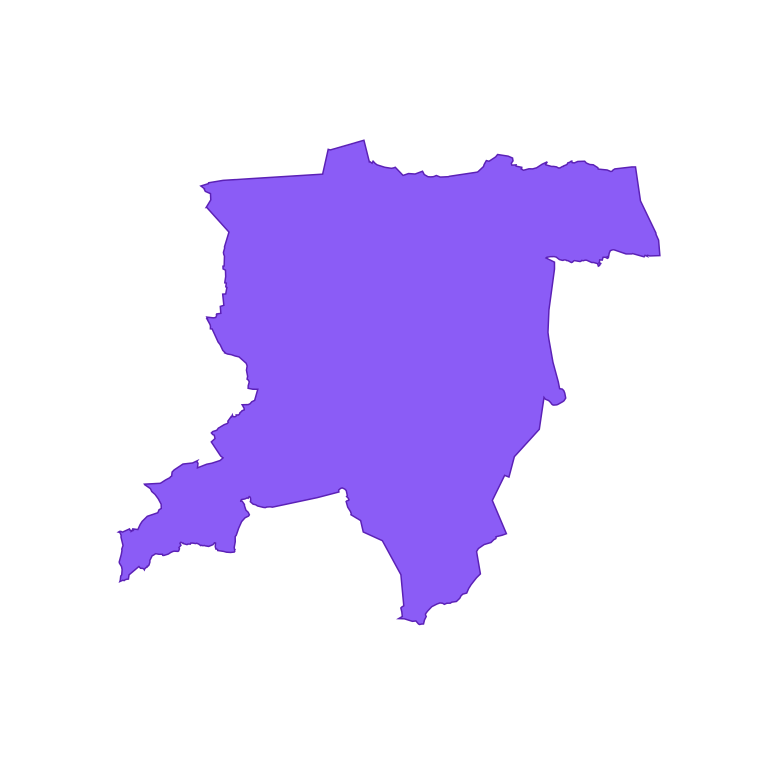 outline of Zacapu, Michoacán, Mexico, rotated 259°
{"feature_id": "50627088B28072853105551", "entity_name": "Zacapu", "entity_type": "district", "adm_level": 2, "iso_a3": "MEX", "parent_name": "Mexico", "parent_adm1": "Michoacán", "projection": "equal_earth", "projection_center": [-101.852, 19.83], "detail": "fine", "context": "isolated", "style": "filled", "palette": "violet", "viewbox_px": 768, "rotation_deg": 259, "n_neighbors": 0, "source": "geoboundaries", "source_scale": "gbopen_adm2", "svg_char_len": 6146}
<svg xmlns="http://www.w3.org/2000/svg" viewBox="0 0 768 768"><g transform="rotate(259 384 384)"><path d="M549.1,672.3L549.8,668.5L551.1,651.6L550.3,649.6L549.4,648.5L549.3,647.2L551.5,643.9L554.1,635.3L555.5,635.2L559.3,631.2L560.2,627.9L562.3,624.8L564.4,623.5L565.5,616.7L564.7,613.0L565.4,610.9L567.0,610.9L566.8,609.6L566.1,608.4L566.1,606.8L564.5,605.4L563.8,601.9L563.4,601.6L563.5,600.7L562.5,597.9L562.8,596.4L564.2,594.8L565.2,592.1L565.6,590.0L568.3,584.6L568.7,584.4L570.4,586.3L570.8,586.1L569.6,581.2L567.1,575.0L566.8,570.9L567.6,567.4L567.2,561.7L569.0,559.6L569.6,560.4L570.4,560.6L572.6,555.3L573.1,555.1L573.9,555.5L574.4,551.3L576.4,551.1L578.4,553.2L581.3,553.3L584.0,549.3L587.6,539.3L585.6,536.9L582.6,529.6L583.8,527.1L580.4,524.2L578.5,523.2L574.4,516.7L574.2,515.8L575.4,487.7L575.2,486.9L576.0,481.3L576.4,478.7L578.7,475.1L578.2,473.0L578.1,471.7L578.4,469.3L579.1,466.7L581.9,463.5L585.5,462.4L584.2,454.6L585.9,448.2L585.1,442.5L594.6,436.4L594.3,434.8L594.3,432.4L596.6,426.1L600.4,419.1L602.1,417.5L604.8,415.8L603.0,414.4L605.0,412.5L604.8,412.0L627.1,410.8L624.0,376.0L625.0,374.0L601.7,363.8L614.6,264.9L615.0,250.2L614.2,249.8L613.3,242.0L609.9,245.0L609.5,244.7L607.1,245.4L604.0,250.0L597.8,249.1L591.3,243.2L591.3,243.6L562.7,260.8L548.9,253.5L548.0,253.6L543.9,251.5L542.0,251.4L540.0,251.8L530.4,249.6L530.4,248.4L527.7,248.0L526.0,250.1L519.7,249.1L513.7,247.0L513.1,248.5L509.6,247.2L508.8,248.2L502.6,245.8L503.0,242.8L491.8,241.8L491.4,238.1L484.5,237.3L484.7,233.1L484.1,232.7L483.4,232.9L481.4,231.5L481.5,229.1L483.5,222.8L481.7,223.2L481.8,222.6L475.5,224.6L474.0,224.7L471.3,224.1L470.8,225.8L456.7,229.2L454.0,230.6L447.7,232.2L445.4,233.8L445.0,233.5L443.3,236.1L441.9,239.8L439.9,243.2L438.3,246.8L430.6,252.7L427.8,253.1L423.8,251.6L417.5,251.6L414.9,250.5L414.3,251.2L411.9,252.2L408.3,250.4L405.7,249.8L403.9,254.2L402.9,259.1L392.6,253.9L391.8,250.8L390.2,248.8L389.7,246.8L390.7,240.8L387.0,242.0L385.3,241.9L384.8,239.4L384.4,239.2L383.3,237.1L382.3,236.7L381.4,235.4L381.8,233.1L381.2,233.2L380.4,232.0L380.4,230.5L381.3,229.3L382.4,229.2L380.8,228.2L381.2,227.8L377.3,223.6L376.0,223.8L375.1,222.5L374.6,219.4L372.3,213.0L370.5,211.0L370.0,206.8L368.9,205.2L367.0,206.3L366.1,207.6L362.7,207.7L360.1,203.4L344.5,209.9L342.2,211.9L340.2,208.6L339.1,199.9L339.1,194.7L337.3,184.9L341.7,186.3L343.5,185.4L344.3,186.2L343.0,181.0L343.8,171.4L339.7,161.6L338.0,159.2L334.1,158.0L333.7,156.7L333.0,156.2L331.5,151.3L329.2,145.5L331.4,129.7L330.8,129.9L325.9,134.7L322.8,135.5L319.3,138.2L314.4,140.5L308.5,142.3L304.3,141.6L303.5,139.2L300.8,137.4L299.3,126.4L295.3,120.4L292.7,117.9L288.1,114.6L289.9,109.2L288.6,110.4L288.1,109.7L288.5,109.4L287.5,108.0L287.5,107.7L288.3,108.3L289.0,106.7L290.3,106.5L288.5,99.0L289.5,97.7L289.8,96.5L289.3,95.1L288.7,96.4L285.6,97.1L283.9,96.6L275.3,97.0L272.0,95.1L270.5,95.0L266.9,93.6L259.8,90.1L258.7,90.1L254.9,91.5L251.7,91.5L246.7,90.1L245.7,88.9L241.5,87.6L240.5,87.0L241.2,90.2L240.6,91.4L241.2,92.5L241.4,93.8L241.3,95.9L245.3,97.3L251.6,108.6L249.6,109.8L249.0,112.1L248.3,112.9L247.3,113.3L248.3,113.9L249.3,115.6L249.5,116.6L250.3,116.8L250.4,118.0L251.2,118.8L253.8,120.2L255.5,120.5L259.7,123.7L259.9,124.8L261.0,127.5L259.8,130.6L259.1,134.1L258.0,134.1L257.7,135.1L258.2,139.8L259.3,142.5L259.9,144.9L259.9,146.3L259.0,149.8L259.3,150.6L261.3,151.8L262.6,151.5L264.4,153.9L266.5,153.3L267.3,154.0L267.4,154.5L266.3,155.8L266.2,156.4L265.7,156.4L263.9,160.0L264.3,160.9L263.8,163.4L264.7,164.0L264.3,166.0L263.3,168.6L263.4,169.8L262.3,171.5L260.3,173.3L260.5,174.1L259.8,175.4L259.8,176.8L259.3,177.5L258.0,180.9L258.9,185.4L260.5,187.3L260.3,187.9L260.0,188.3L256.5,187.3L254.1,187.5L254.1,188.1L253.0,189.1L252.3,189.0L250.2,194.8L249.0,197.2L247.9,201.3L247.6,204.9L248.1,205.5L249.6,205.7L250.0,206.1L250.4,205.7L252.2,205.8L257.6,207.9L262.6,208.8L263.7,210.1L270.3,213.9L276.1,218.0L279.2,222.1L280.2,225.8L281.3,226.9L284.0,226.2L286.5,224.4L291.1,223.8L292.4,224.0L296.0,222.4L296.3,221.0L297.0,221.2L297.8,222.2L297.7,225.5L298.3,227.9L297.7,228.8L299.2,230.2L298.5,231.0L297.5,231.2L295.4,231.0L294.0,230.3L291.0,232.6L290.0,234.9L288.4,236.6L285.9,242.0L285.3,243.9L285.6,245.4L285.2,248.7L284.4,251.0L285.2,297.0L286.6,319.1L288.5,319.2L289.8,321.5L290.0,323.1L288.4,325.4L286.6,326.6L281.3,326.7L280.7,325.8L278.8,327.1L277.0,327.5L276.5,327.0L276.5,325.6L275.9,324.4L270.0,324.9L265.1,326.8L262.7,327.1L262.0,326.6L254.4,335.0L242.7,335.4L230.5,352.5L193.6,364.2L162.5,361.1L161.8,359.1L160.9,357.8L156.8,358.0L152.3,357.6L150.9,353.6L149.6,359.2L145.6,366.6L145.3,370.1L141.8,372.1L141.1,373.1L141.2,375.0L140.9,377.0L144.6,378.7L147.7,381.1L149.3,380.7L150.4,380.9L152.7,383.4L156.3,388.4L157.9,394.0L158.4,397.1L157.6,399.7L156.2,401.2L156.8,403.9L156.2,407.3L156.9,408.9L156.7,413.6L159.2,417.5L161.4,419.2L162.7,421.3L163.0,425.3L167.1,428.1L170.4,431.2L176.1,437.8L179.2,442.4L201.9,442.9L204.5,445.3L207.3,451.7L208.0,458.8L210.3,462.2L210.8,464.1L211.6,464.7L212.7,464.8L213.0,471.1L213.7,475.6L249.0,468.1L271.3,485.0L268.8,488.9L287.8,498.1L309.9,527.8L340.3,538.5L338.3,539.5L336.3,542.5L334.1,544.0L332.3,544.8L331.4,545.5L330.9,546.6L330.6,549.3L330.7,550.5L332.5,556.0L333.2,557.5L335.5,559.7L340.6,559.7L343.2,559.2L345.0,558.0L345.9,555.5L352.7,555.5L373.2,554.0L396.9,554.4L403.4,554.8L425.1,560.0L464.3,573.3L471.1,574.6L476.8,567.1L477.3,567.9L477.3,571.2L476.6,575.4L475.7,577.3L472.7,579.9L471.4,582.6L471.2,583.3L471.5,584.4L471.0,586.2L470.2,587.0L470.0,588.1L467.5,591.1L467.7,592.3L468.6,593.6L468.8,594.5L466.8,599.8L466.9,600.7L467.6,601.7L467.0,603.0L467.2,605.1L466.8,606.6L463.6,611.1L463.3,612.9L461.4,616.6L458.8,616.9L459.2,618.2L460.5,619.1L460.8,619.8L461.2,619.7L461.9,618.1L462.8,618.8L464.7,619.4L464.0,621.9L466.6,623.2L466.2,625.4L464.7,627.3L465.2,628.4L465.8,628.6L466.4,627.8L466.7,629.0L469.4,630.0L471.7,631.6L472.1,633.8L471.9,635.3L465.5,646.4L464.4,652.0L464.6,652.9L459.2,663.6L460.5,664.8L459.4,666.4L459.8,666.2L460.1,667.1L459.0,669.3L457.4,679.3L472.8,681.0L478.8,679.6L480.5,679.7L514.8,670.7L549.1,672.3Z" fill="#8b5cf6" stroke="#5b21b6" stroke-width="1.5"/></g></svg>